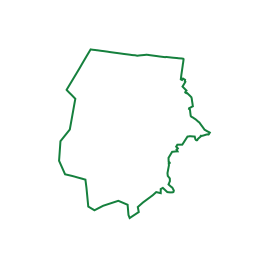 the district of Gebrat Al Sheikh, North Kordufan, Sudan, rotated 301°
{"feature_id": "16777658B91752448930430", "entity_name": "Gebrat Al Sheikh", "entity_type": "district", "adm_level": 2, "iso_a3": "SDN", "parent_name": "Sudan", "parent_adm1": "North Kordufan", "projection": "mercator", "projection_center": [31.456, 15.37], "detail": "fine", "context": "isolated", "style": "outline", "palette": "green", "viewbox_px": 256, "rotation_deg": 301, "n_neighbors": 0, "source": "geoboundaries", "source_scale": "gbopen_adm2", "svg_char_len": 2668}
<svg xmlns="http://www.w3.org/2000/svg" viewBox="0 0 256 256"><g transform="rotate(301 128 128)"><path d="M129.1,55.7L129.0,55.8L128.0,59.6L127.3,62.6L125.9,67.8L96.7,78.9L81.9,76.9L64.4,85.8L55.9,97.9L58.1,104.7L61.8,118.1L55.2,123.3L40.2,134.4L40.2,141.6L48.6,146.8L60.6,157.2L62.0,167.2L53.7,173.2L51.7,175.8L61.5,180.5L65.3,177.1L71.9,179.2L78.9,182.1L83.3,183.9L87.6,185.2L89.0,189.6L92.5,187.5L94.6,188.7L93.3,194.7L94.5,197.3L95.9,199.5L96.6,199.9L98.0,199.5L99.7,196.7L99.9,194.8L100.5,191.8L103.2,191.4L104.0,191.3L106.3,189.8L107.4,186.8L107.9,186.4L109.6,185.1L117.1,182.3L118.7,181.1L119.3,181.8L119.8,181.6L120.2,180.1L123.3,178.1L127.7,178.1L130.3,178.1L132.6,181.1L133.5,182.5L134.6,180.7L136.1,181.3L136.5,180.5L136.8,178.9L139.1,178.9L141.7,183.1L151.3,183.4L152.2,184.6L152.8,185.2L155.0,189.6L153.1,191.5L152.7,192.5L152.8,193.2L153.2,193.6L154.1,193.6L154.8,193.6L155.9,193.9L157.0,194.3L157.7,194.6L158.2,194.5L158.5,194.4L158.9,194.5L158.9,195.0L159.4,195.5L159.8,195.9L160.4,196.5L162.2,198.1L162.7,198.5L163.0,198.9L163.3,199.3L163.7,199.7L163.8,200.3L164.1,200.5L165.3,200.5L166.2,200.5L166.2,199.8L166.1,199.3L166.0,196.8L166.0,196.6L166.0,195.0L165.9,194.6L166.2,194.0L167.4,191.2L167.6,190.8L167.8,190.2L169.0,187.4L169.5,186.3L169.6,184.9L169.8,184.0L169.9,183.4L170.2,181.9L170.3,180.4L170.3,179.8L170.3,179.5L170.4,178.7L170.4,178.3L170.3,176.4L170.7,175.5L173.6,173.2L174.3,172.7L174.8,172.3L175.7,171.5L175.8,170.4L176.5,170.2L176.8,170.4L177.0,170.6L177.5,170.9L178.9,171.7L180.0,172.4L181.9,170.9L183.9,169.2L185.0,168.3L185.4,168.0L185.7,167.7L185.9,167.6L187.0,166.5L187.6,164.2L188.0,162.4L188.4,160.6L187.9,160.2L187.9,159.0L188.0,158.7L188.9,158.6L190.2,158.8L191.0,155.6L191.4,154.1L191.6,153.4L192.3,153.4L193.9,153.4L195.6,153.4L196.6,153.4L197.0,153.4L197.3,153.3L197.5,152.5L198.7,152.1L198.7,149.7L197.0,149.6L196.9,148.2L197.3,148.0L197.9,147.8L198.7,147.4L200.3,146.7L200.7,146.5L209.3,142.9L210.0,142.6L210.4,142.4L211.4,142.0L211.7,141.9L212.9,141.4L214.5,140.7L215.6,140.2L215.7,139.9L215.8,139.8L215.8,139.6L215.4,138.6L215.2,138.1L214.3,136.4L214.1,136.0L213.5,134.8L213.5,134.6L211.2,129.9L210.1,127.5L208.5,124.0L207.9,123.5L207.1,121.7L205.5,118.1L204.5,115.7L202.8,111.8L201.8,109.5L201.1,107.8L201.1,107.7L200.4,106.3L200.4,106.2L199.3,104.8L196.3,100.7L194.7,98.7L194.0,96.6L193.0,94.7L192.4,93.4L191.9,92.1L191.2,90.5L189.2,86.0L188.4,84.1L186.6,79.9L185.8,78.1L183.7,73.2L183.0,71.4L181.3,67.4L180.3,65.2L178.8,61.6L178.7,61.5L178.0,59.8L177.2,58.1L176.8,57.2L176.5,56.5L176.1,55.5L168.8,55.5L159.3,55.6L154.2,55.7L138.6,55.7L133.6,55.7L129.1,55.7Z" fill="none" stroke="#15803d" stroke-width="2"/></g></svg>